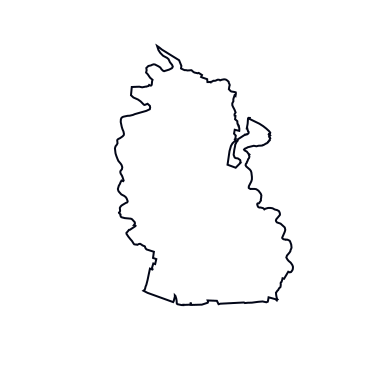 Pantelimon, Ilfov, Romania (Robinson projection), rotated 233°
{"feature_id": "2599482B87197553509552", "entity_name": "Pantelimon", "entity_type": "district", "adm_level": 2, "iso_a3": "ROU", "parent_name": "Romania", "parent_adm1": "Ilfov", "projection": "robinson", "projection_center": [26.262, 44.455], "detail": "fine", "context": "isolated", "style": "outline", "palette": "ink", "viewbox_px": 384, "rotation_deg": 233, "n_neighbors": 0, "source": "geoboundaries", "source_scale": "gbopen_adm2", "svg_char_len": 6055}
<svg xmlns="http://www.w3.org/2000/svg" viewBox="0 0 384 384"><g transform="rotate(233 192 192)"><path d="M329.6,252.0L325.4,250.6L322.1,250.4L318.2,250.9L314.1,252.8L312.2,253.2L308.9,252.5L305.5,252.6L303.7,252.1L303.1,251.0L303.0,250.3L303.5,247.4L305.3,242.4L306.4,241.8L308.4,241.5L310.5,241.6L312.5,240.9L316.2,239.1L317.1,238.1L317.6,236.6L317.8,235.4L318.9,233.0L318.5,230.1L316.6,229.1L315.0,227.2L312.8,227.5L308.5,227.3L305.3,228.0L304.6,226.9L301.9,224.4L301.6,223.6L302.1,222.7L303.3,222.2L302.9,220.9L303.4,219.7L303.6,219.0L303.8,218.9L305.6,215.2L307.8,213.3L312.1,207.1L306.0,201.5L302.7,202.1L298.4,204.5L295.3,205.5L290.7,206.1L290.0,206.6L289.2,209.6L286.2,210.2L284.6,209.4L283.5,208.1L284.3,204.3L288.6,193.2L289.1,191.2L290.4,188.2L291.6,186.4L293.2,183.0L293.6,181.9L293.7,180.5L292.9,179.0L290.8,177.2L286.3,175.1L283.8,174.2L281.6,173.7L279.3,172.6L278.5,171.7L278.2,170.1L278.3,167.1L278.7,164.9L278.6,163.9L278.3,163.4L275.7,161.8L275.0,160.3L274.5,158.4L273.2,156.7L269.8,154.7L268.7,154.1L266.1,153.2L262.9,152.3L261.1,151.9L257.5,152.1L256.0,152.0L254.4,151.5L253.6,151.1L252.4,149.8L251.7,147.3L251.0,146.7L249.6,146.1L247.3,145.9L245.7,145.5L242.3,144.3L242.1,143.6L242.7,143.3L243.1,142.6L243.5,142.5L242.8,140.8L241.8,139.2L241.1,137.4L239.0,134.6L237.3,133.9L236.4,133.8L232.6,134.1L229.7,135.5L227.8,136.0L226.1,135.9L223.4,135.1L223.0,134.7L222.7,133.8L223.1,132.6L223.6,127.8L223.4,126.3L222.8,124.9L222.3,124.5L220.6,123.5L220.1,123.1L219.3,121.9L219.5,121.3L219.1,121.1L217.1,121.4L216.7,120.9L215.5,120.4L214.5,120.4L214.0,120.7L211.6,122.6L207.5,127.1L206.4,127.7L202.3,128.1L201.1,127.4L200.6,125.9L200.4,126.2L199.0,126.6L198.8,126.3L199.2,119.6L199.7,118.9L199.6,118.4L199.4,118.0L198.8,115.0L198.0,114.5L194.8,114.3L191.5,114.4L188.9,114.6L185.7,114.3L185.0,114.4L184.2,115.1L183.4,116.1L182.8,116.4L182.4,118.3L181.9,119.3L180.4,120.0L179.2,120.3L177.2,121.5L176.8,121.6L175.8,121.2L174.6,121.0L173.4,121.2L167.2,125.6L162.8,121.2L159.9,123.1L156.6,119.2L158.2,118.1L155.1,113.9L153.3,114.2L155.2,112.8L156.1,112.3L148.5,103.6L145.3,99.6L144.4,98.0L143.3,96.7L142.6,95.7L142.4,95.1L142.4,93.8L138.2,95.8L115.4,110.7L115.8,111.6L118.8,115.4L119.8,116.1L118.9,116.2L116.2,115.2L114.3,114.2L112.0,112.7L111.1,112.9L107.9,115.7L106.8,117.1L107.1,117.3L105.7,119.0L103.9,121.6L102.9,122.7L104.6,124.5L102.2,123.5L96.1,132.1L94.1,137.9L94.6,138.7L96.0,139.2L90.1,146.4L86.4,145.7L86.0,146.6L85.8,147.3L72.5,167.0L71.5,167.4L69.9,170.0L67.6,173.2L64.5,178.7L62.1,182.5L59.2,185.0L58.8,186.5L59.8,187.7L61.8,189.8L56.1,194.2L54.4,194.5L54.7,195.0L54.7,195.6L55.1,195.5L57.0,196.2L59.2,197.3L61.1,198.5L61.3,199.5L61.8,200.8L61.8,201.7L62.7,203.6L62.8,205.3L63.2,205.8L64.5,207.1L65.7,207.8L66.3,208.5L66.2,209.1L67.1,210.6L68.6,212.4L67.3,213.3L70.4,220.9L69.0,221.7L68.5,222.9L69.0,224.8L69.6,225.9L70.6,226.9L71.5,227.6L72.3,227.9L73.5,228.2L76.2,228.3L78.7,227.7L80.6,227.6L82.9,227.9L84.1,229.6L85.0,233.6L85.5,234.9L86.2,235.6L87.2,237.4L87.8,238.1L90.3,239.6L93.6,240.6L94.4,240.6L96.4,239.6L97.4,238.5L97.2,238.5L97.6,237.9L98.0,237.8L99.0,236.8L99.6,236.5L100.6,236.3L101.2,236.5L101.4,236.8L104.2,241.8L105.1,243.1L105.8,243.8L107.5,244.6L108.2,244.7L113.4,243.7L116.5,241.6L116.9,241.5L118.2,241.6L118.8,241.9L119.5,242.9L120.7,248.2L121.3,248.9L122.5,249.5L123.2,249.7L124.5,249.9L126.3,249.1L128.3,247.5L130.0,246.8L130.8,246.3L132.2,244.9L133.5,243.1L134.5,240.5L134.6,239.3L135.5,239.3L136.4,239.0L138.4,237.4L139.0,236.5L139.6,236.1L140.1,235.9L140.8,235.9L142.7,236.5L143.3,237.1L143.4,237.5L142.7,238.6L143.0,239.9L143.2,240.1L143.6,241.7L144.0,242.2L144.6,242.4L145.9,243.9L146.6,244.4L147.3,245.2L148.2,245.6L149.4,245.9L152.9,245.9L155.3,245.1L155.8,244.8L156.7,243.9L158.5,241.6L159.2,240.5L160.8,239.8L161.2,239.8L162.4,240.9L164.8,245.8L166.1,247.5L168.1,249.0L171.9,251.2L173.5,251.7L175.1,251.7L179.7,250.7L181.1,250.9L182.0,251.9L182.4,253.4L183.0,254.0L183.4,255.1L184.4,256.6L184.8,258.0L185.6,259.0L186.0,259.3L187.5,259.8L187.5,260.4L188.9,260.1L191.2,260.1L193.7,259.0L194.6,259.1L194.8,260.2L194.3,262.2L194.2,263.4L191.7,269.2L189.7,271.0L188.9,273.0L186.9,275.9L186.9,276.6L186.5,277.2L186.1,280.7L185.9,280.9L185.9,282.5L186.2,283.6L186.4,283.5L186.5,284.0L186.4,284.0L186.4,284.4L186.5,285.3L187.3,285.7L187.7,286.8L189.2,287.2L189.2,286.8L189.4,286.8L189.4,287.1L190.3,287.3L190.5,287.8L190.2,287.9L190.2,288.4L191.8,287.9L192.1,288.4L191.4,289.1L192.3,290.2L194.1,290.2L197.9,289.5L201.7,288.5L206.0,286.9L215.6,282.0L215.9,282.1L216.4,282.7L217.0,282.0L216.4,281.3L216.9,280.9L213.0,277.5L209.8,274.0L209.4,274.4L208.6,273.8L207.9,273.8L206.8,273.3L206.0,273.4L205.1,272.8L204.8,271.5L204.8,270.9L205.3,270.4L205.3,269.6L205.5,269.6L206.0,268.9L205.9,268.4L206.5,260.0L205.9,259.8L205.5,259.4L205.0,257.2L204.3,256.2L204.0,255.2L202.8,254.1L200.1,251.0L196.6,247.6L194.1,246.9L193.3,247.0L192.5,247.5L191.3,248.8L188.6,249.7L187.3,249.2L186.4,248.0L186.1,248.2L185.1,241.5L192.4,236.8L202.1,246.6L205.3,250.8L206.5,253.6L207.0,257.9L208.3,257.9L208.4,259.0L208.8,259.0L210.7,260.9L213.3,260.7L216.0,263.6L212.4,266.5L212.9,267.0L214.1,267.9L216.5,269.1L216.6,268.8L218.1,269.4L218.3,269.2L219.5,269.6L221.3,270.8L224.2,270.2L226.6,272.5L227.3,272.0L228.2,272.5L228.7,273.1L229.3,274.7L232.2,275.5L235.3,276.0L237.0,276.4L238.4,277.4L238.7,277.8L239.6,279.7L240.7,280.4L241.6,281.3L243.6,284.2L242.5,284.5L244.1,286.2L245.2,286.9L246.1,286.3L248.6,283.9L249.3,283.6L251.9,283.3L253.8,285.3L254.7,286.5L255.2,286.7L257.0,287.1L258.0,287.6L259.7,287.3L261.2,286.8L262.1,286.1L262.7,285.4L263.7,283.4L264.2,281.7L264.6,281.7L265.3,281.2L266.1,280.3L266.4,279.5L266.7,277.9L267.3,276.8L268.0,276.0L268.1,274.5L268.6,273.4L268.3,272.9L269.2,272.3L270.5,270.5L273.0,272.0L277.1,269.2L278.4,268.5L279.4,270.4L283.1,269.0L283.3,268.1L286.0,265.8L287.3,265.3L289.5,264.9L289.8,264.6L291.2,262.4L291.9,261.4L292.9,260.6L293.6,259.6L294.1,259.2L296.9,257.7L297.3,257.6L299.1,259.4L305.0,261.0L323.7,253.7L327.3,252.8L329.6,252.0Z" fill="none" stroke="#020617" stroke-width="2"/></g></svg>